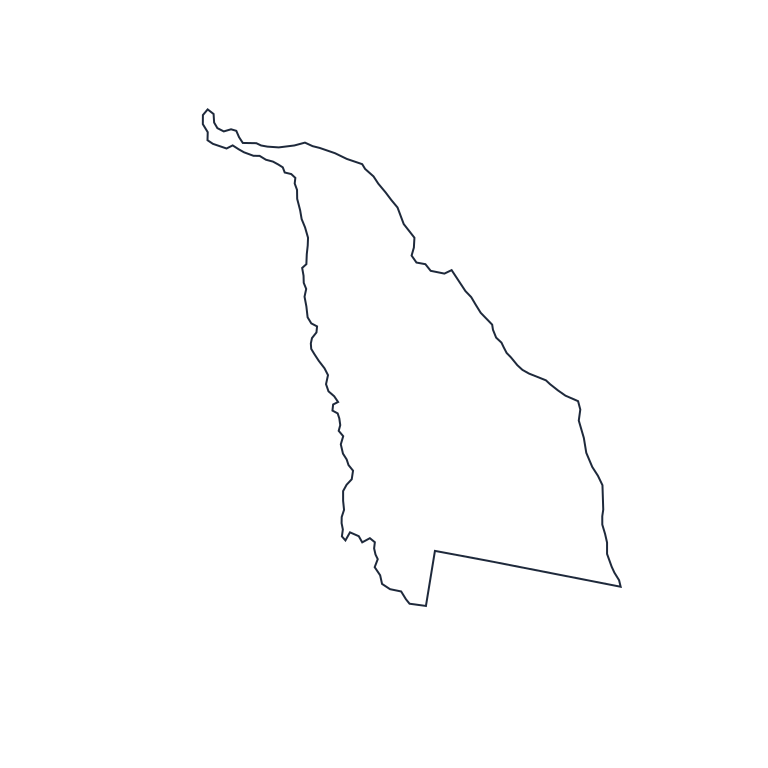 Itambé, Pernambuco, Brazil, rotated 40°
{"feature_id": "56859067B35011638421862", "entity_name": "Itambé", "entity_type": "district", "adm_level": 2, "iso_a3": "BRA", "parent_name": "Brazil", "parent_adm1": "Pernambuco", "projection": "mercator", "projection_center": [-35.181, -7.461], "detail": "fine", "context": "isolated", "style": "outline", "palette": "slate", "viewbox_px": 768, "rotation_deg": 40, "n_neighbors": 0, "source": "geoboundaries", "source_scale": "gbopen_adm2", "svg_char_len": 2110}
<svg xmlns="http://www.w3.org/2000/svg" viewBox="0 0 768 768"><g transform="rotate(40 384 384)"><path d="M78.2,301.4L87.1,304.4L92.1,310.7L98.6,310.0L112.0,304.8L114.7,298.5L121.8,297.6L127.8,296.5L137.3,293.1L142.1,289.2L149.4,288.1L156.0,285.0L162.0,283.8L167.2,283.1L172.0,285.8L178.0,282.8L183.6,283.1L186.7,287.8L192.6,291.2L198.5,298.0L204.0,301.9L208.3,305.0L214.9,310.6L222.9,314.8L231.8,320.8L236.6,327.0L241.4,334.2L247.5,342.1L246.7,347.7L252.8,352.8L257.5,358.1L263.3,361.2L267.0,368.2L274.7,374.5L282.6,382.0L289.3,384.3L295.7,382.9L299.1,387.9L299.3,395.1L301.9,400.0L305.7,403.9L311.6,405.9L319.2,408.2L328.3,410.2L335.4,413.2L339.7,421.4L346.2,425.3L353.7,425.4L360.4,427.3L358.2,432.4L361.6,437.5L367.4,436.3L371.9,439.1L376.9,443.6L379.4,449.0L386.3,450.2L389.7,458.0L397.3,463.7L403.9,465.8L408.9,468.9L416.0,470.3L420.5,477.7L420.1,485.2L421.5,492.3L427.8,499.8L434.3,506.1L437.1,513.1L441.0,517.9L446.0,521.9L449.7,527.8L455.0,528.6L453.3,519.5L462.5,516.8L469.1,519.3L472.3,511.2L478.7,511.1L482.1,516.3L487.1,520.1L491.8,522.2L494.6,530.3L504.0,533.0L511.0,538.4L520.5,537.3L530.5,531.9L539.2,534.8L544.8,535.9L549.2,533.1L558.8,527.1L530.3,479.1L577.3,452.6L695.6,387.2L690.2,383.2L681.7,380.4L675.8,377.6L664.1,370.8L656.8,362.1L649.8,356.8L641.6,351.4L636.2,345.0L632.7,339.3L616.4,321.1L606.9,316.8L596.9,313.7L583.2,306.7L571.8,296.9L556.7,286.8L550.8,277.4L543.7,272.4L530.5,276.3L521.3,277.1L511.3,277.4L505.7,277.1L488.4,282.8L481.0,284.2L474.1,283.9L464.1,282.0L458.0,281.4L452.0,278.9L447.4,276.8L440.1,276.4L432.6,272.4L428.7,269.0L412.3,267.3L402.9,264.2L395.0,261.4L386.7,260.5L362.6,253.3L359.3,260.6L347.0,267.3L338.7,265.6L330.8,270.1L322.6,267.9L319.2,260.3L313.3,252.4L296.3,248.8L280.9,240.1L271.5,238.4L262.0,236.2L250.8,234.2L242.5,231.7L231.3,231.4L226.0,229.6L210.8,235.5L198.1,238.7L183.0,244.5L176.4,247.7L168.3,249.9L162.0,258.9L151.3,270.4L142.1,277.1L136.5,280.3L131.4,281.6L120.9,290.1L114.3,288.1L108.1,285.0L103.1,287.2L98.9,293.5L91.9,295.1L85.8,292.9L79.9,286.7L72.4,287.0L72.4,294.4L78.2,301.4Z" fill="none" stroke="#1e293b" stroke-width="2"/></g></svg>